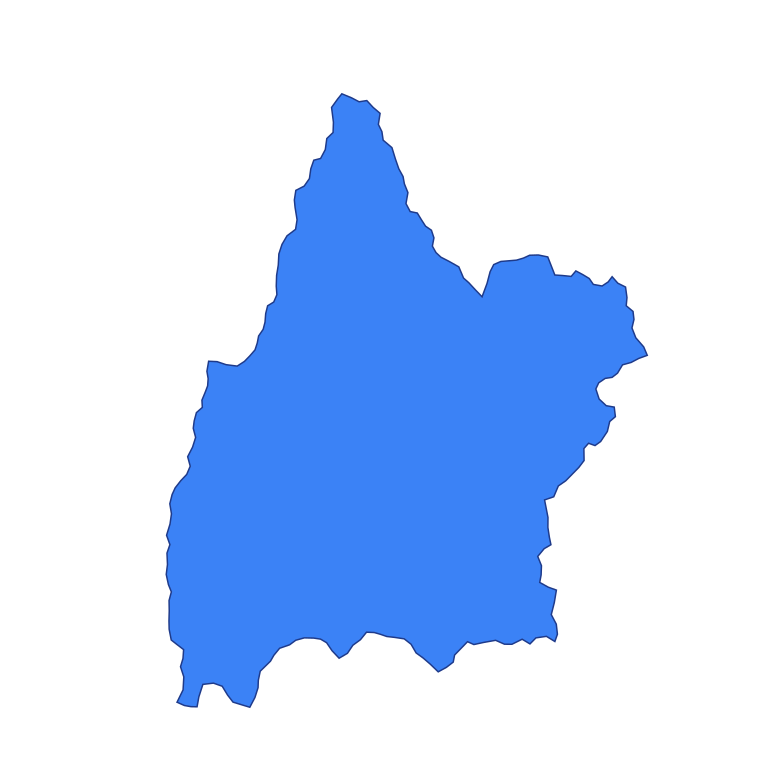 Ervália, Minas Gerais, Brazil (Natural Earth projection), rotated 169°
{"feature_id": "56859067B63219191436637", "entity_name": "Ervália", "entity_type": "district", "adm_level": 2, "iso_a3": "BRA", "parent_name": "Brazil", "parent_adm1": "Minas Gerais", "projection": "natural_earth1", "projection_center": [-42.604, -20.87], "detail": "fine", "context": "isolated", "style": "filled", "palette": "blue", "viewbox_px": 768, "rotation_deg": 169, "n_neighbors": 0, "source": "geoboundaries", "source_scale": "gbopen_adm2", "svg_char_len": 2997}
<svg xmlns="http://www.w3.org/2000/svg" viewBox="0 0 768 768"><g transform="rotate(169 384 384)"><path d="M290.3,101.0L283.3,105.8L272.7,105.3L265.4,98.6L261.5,105.3L260.7,115.4L263.8,125.7L258.5,137.0L254.1,148.8L261.5,153.2L269.0,159.5L266.2,166.6L264.1,175.6L266.0,185.4L258.2,191.8L250.8,194.4L250.9,201.9L250.5,211.9L248.5,221.7L248.5,232.3L248.5,239.6L238.9,240.9L232.3,250.7L224.1,254.3L216.1,259.8L208.7,264.9L202.2,270.7L200.1,282.5L194.5,286.8L188.6,283.3L182.3,286.2L173.8,294.8L169.6,304.1L163.1,307.8L162.4,317.4L170.0,320.3L175.7,328.2L177.0,338.7L173.0,344.2L165.8,347.3L158.8,347.0L152.7,350.1L146.2,357.3L137.3,358.0L129.0,360.5L120.1,361.9L122.0,370.9L128.0,381.3L129.9,391.7L126.3,399.7L125.7,407.7L131.3,414.6L129.0,422.5L128.4,433.1L135.2,438.3L139.6,445.8L144.5,441.4L151.2,438.6L159.5,441.8L162.4,448.4L167.7,453.2L174.1,458.4L179.7,453.9L188.0,456.4L195.5,458.4L197.2,467.7L199.0,477.5L207.9,481.2L216.5,482.6L223.1,481.0L230.3,480.3L238.6,481.2L245.9,482.0L253.5,480.3L258.4,474.0L263.7,463.0L271.1,450.9L276.4,459.1L281.4,467.2L285.7,472.8L288.2,484.7L296.9,492.1L303.9,497.6L307.9,503.1L310.2,510.1L307.1,517.9L308.1,525.9L313.1,531.0L315.9,538.0L318.7,545.5L325.4,548.3L328.0,556.9L324.0,567.3L325.8,576.6L325.7,584.0L328.4,592.4L329.9,603.0L331.1,614.5L338.3,623.5L337.9,632.1L340.0,639.9L336.2,650.4L341.9,657.6L346.8,665.5L354.6,665.8L361.1,671.0L370.0,676.9L374.9,672.8L382.7,665.5L383.7,650.6L386.0,640.6L393.3,635.9L396.9,625.3L403.2,617.5L410.2,617.1L414.8,609.2L418.0,599.9L424.6,593.5L433.6,590.9L436.9,581.7L437.6,574.3L438.0,561.8L441.3,552.7L450.9,548.0L457.5,540.5L462.4,531.7L465.1,520.9L468.7,511.1L471.1,500.6L472.1,492.1L476.6,485.5L483.3,483.0L486.7,475.7L489.0,467.4L492.2,460.7L497.9,455.1L500.6,448.4L504.1,442.1L510.5,437.1L516.7,432.8L524.7,429.6L535.3,433.1L543.6,437.8L551.8,439.8L555.4,430.3L555.6,422.8L557.5,415.8L561.1,410.0L565.8,402.9L566.8,395.7L573.6,391.7L577.4,383.9L579.7,376.9L579.1,367.5L584.0,358.5L590.6,350.1L589.9,340.3L594.9,332.9L601.9,327.9L608.8,321.9L613.1,315.9L617.1,307.3L617.4,297.1L620.8,287.3L626.3,277.0L624.8,267.2L629.3,259.4L631.0,248.1L634.1,238.6L633.9,228.3L632.4,220.5L636.3,212.5L638.1,202.3L640.3,192.4L641.7,184.2L641.7,173.3L637.3,168.2L631.4,161.5L633.7,152.9L637.7,145.3L636.4,134.7L639.6,122.1L647.9,111.1L641.3,106.5L635.1,104.1L629.1,102.8L625.4,112.3L619.1,123.7L608.5,122.9L600.5,118.2L596.9,108.5L592.9,100.5L585.0,96.3L577.4,92.3L570.5,100.9L565.6,109.9L563.9,117.1L560.3,125.7L553.6,130.1L548.3,133.6L543.9,138.7L536.9,144.5L526.4,146.0L519.5,149.3L510.6,150.0L501.5,148.0L495.0,145.7L489.7,141.0L485.9,132.1L480.4,123.4L471.3,126.6L464.4,133.5L455.9,137.5L448.5,143.7L441.0,141.9L435.3,139.0L429.4,135.6L421.8,133.2L412.8,130.0L407.1,123.4L403.8,113.9L397.9,107.6L392.0,100.1L385.7,91.1L376.7,94.0L369.1,97.8L366.4,104.5L358.5,110.0L351.2,115.1L345.5,111.1L335.3,111.3L323.3,111.1L315.4,105.6L308.1,104.1L297.1,107.1L290.3,101.0Z" fill="#3b82f6" stroke="#1e3a8a" stroke-width="1.5"/></g></svg>